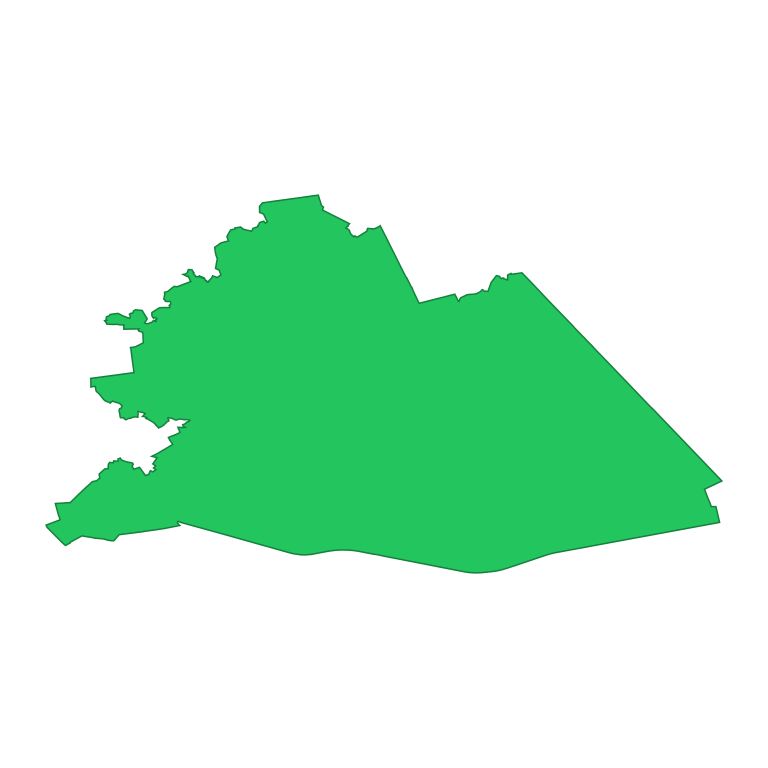 Smārdes pag., Engures, Latvia
{"feature_id": "27541924B30626092647888", "entity_name": "Smārdes pag.", "entity_type": "district", "adm_level": 2, "iso_a3": "LVA", "parent_name": "Latvia", "parent_adm1": "Engures", "projection": "robinson", "projection_center": [23.267, 56.989], "detail": "fine", "context": "isolated", "style": "filled", "palette": "green", "viewbox_px": 768, "rotation_deg": 0, "n_neighbors": 0, "source": "geoboundaries", "source_scale": "gbopen_adm2", "svg_char_len": 6035}
<svg xmlns="http://www.w3.org/2000/svg" viewBox="0 0 768 768"><path d="M262.5,202.8L259.5,206.3L259.6,212.5L261.9,213.3L263.7,214.3L266.6,220.6L267.4,221.7L265.3,223.2L263.8,221.2L259.7,222.5L257.8,225.9L258.0,226.6L252.9,228.4L252.6,229.0L252.7,229.5L251.4,231.4L250.3,230.8L246.7,230.1L243.3,229.2L240.6,227.0L236.2,227.8L235.0,227.8L235.0,229.0L230.7,229.9L229.7,231.4L226.9,236.6L228.5,240.9L221.0,242.9L214.7,247.3L215.4,252.7L216.1,255.6L217.3,258.7L216.3,263.8L216.2,265.0L215.5,268.5L219.1,270.1L220.9,274.9L220.5,275.2L217.2,277.5L212.7,275.8L211.7,277.9L209.0,280.7L209.1,281.0L208.2,281.3L208.2,282.2L207.7,282.2L206.5,281.4L206.3,281.1L206.4,280.6L206.1,280.4L205.5,280.5L205.1,280.2L204.8,279.5L204.9,278.9L204.5,278.4L204.1,278.5L203.4,278.1L203.7,278.1L203.9,277.8L203.6,277.6L203.3,277.9L201.3,278.0L202.0,277.6L201.9,276.7L201.4,276.7L199.8,277.0L199.7,276.7L200.0,276.2L199.8,275.9L199.5,275.8L198.3,276.7L197.2,276.6L196.8,276.9L195.5,276.4L195.4,275.8L195.1,275.3L194.1,274.6L193.7,274.1L193.5,273.6L193.5,273.4L193.8,273.1L193.6,273.0L193.9,272.7L192.8,271.4L192.9,271.2L192.1,269.9L189.0,269.5L188.3,269.8L188.0,270.2L187.7,271.7L187.2,273.0L186.2,273.4L185.6,274.2L184.8,274.2L184.5,274.1L183.1,274.4L187.3,276.6L188.0,276.1L188.9,277.2L188.9,277.6L189.6,279.0L189.9,280.1L190.3,280.9L190.9,281.5L177.2,286.7L174.1,286.4L171.7,288.2L167.7,291.5L164.5,292.3L164.5,293.1L165.0,294.2L164.5,295.3L163.8,299.2L164.9,299.7L165.0,300.9L166.1,301.5L170.3,301.5L170.7,303.2L170.7,304.3L169.2,305.3L169.8,306.4L169.8,307.5L161.1,307.6L159.2,307.9L151.9,312.5L151.8,315.0L152.3,316.7L153.7,318.4L154.4,317.5L156.6,318.3L157.0,318.9L155.7,319.8L156.2,321.3L155.5,321.6L154.0,320.5L153.4,321.0L152.7,321.1L152.1,322.0L151.4,322.6L150.1,322.7L148.5,323.6L146.8,323.7L145.5,323.4L144.5,322.9L147.0,319.5L147.0,318.2L146.4,317.5L142.2,310.5L139.0,310.1L135.4,309.8L133.4,311.0L133.2,312.3L132.5,313.1L130.7,313.3L129.4,314.2L130.3,316.1L129.7,318.3L127.3,317.6L124.9,316.6L122.3,315.7L121.3,315.0L118.0,313.4L110.3,314.4L108.8,316.0L106.5,316.8L106.0,319.2L106.1,319.7L106.7,320.3L104.6,320.7L105.5,321.9L106.4,322.6L106.6,324.1L113.4,324.5L116.7,324.3L119.6,324.8L123.9,325.0L123.8,325.8L123.8,329.2L138.9,328.9L138.1,329.8L138.8,331.1L142.4,332.2L143.0,334.3L143.0,337.2L143.3,342.8L135.2,346.9L130.4,347.5L130.5,348.0L130.8,348.2L131.8,356.4L134.0,372.6L90.6,378.4L90.9,379.4L90.9,381.0L90.9,387.0L91.8,386.7L95.4,386.5L95.7,389.2L96.3,391.4L98.6,393.3L99.9,394.7L102.0,397.5L103.7,399.6L105.2,400.9L110.4,403.0L110.5,402.5L111.1,402.2L112.7,401.1L114.4,401.9L119.0,403.2L120.4,404.1L121.4,405.1L121.3,405.4L122.0,405.9L122.1,406.6L121.2,407.6L121.2,408.1L120.9,408.6L119.8,408.6L119.2,409.3L119.2,411.6L119.6,413.1L120.2,417.1L120.5,417.7L123.9,417.9L124.1,418.7L125.9,419.8L128.3,418.5L130.6,418.2L133.5,417.0L135.6,416.9L137.9,417.2L138.0,414.6L138.1,414.4L137.9,411.4L143.0,412.6L145.2,413.6L142.5,416.4L144.0,416.5L146.7,417.6L145.9,418.4L147.9,419.2L153.3,422.4L155.6,424.5L155.8,425.0L158.4,427.6L158.6,428.0L159.2,427.5L161.0,426.9L163.2,425.5L165.0,423.9L166.2,422.6L166.4,422.2L168.9,420.9L168.9,420.2L167.7,418.2L168.0,417.8L168.2,417.7L169.0,417.8L172.0,418.4L175.7,420.1L176.4,420.0L179.6,419.0L182.1,419.2L182.7,419.5L184.8,419.8L186.6,419.5L189.9,420.3L188.7,421.6L186.8,422.0L185.9,423.1L184.7,424.0L183.5,424.4L183.6,424.6L182.7,424.8L183.5,426.6L185.0,427.3L183.2,427.5L177.9,427.3L180.0,432.5L176.3,434.3L168.4,437.4L169.9,440.4L170.4,441.0L172.6,444.3L172.3,444.7L156.4,454.1L151.8,456.3L157.1,457.7L152.8,463.9L155.7,465.9L153.5,468.0L155.9,469.6L152.8,471.9L150.6,470.7L149.9,471.5L148.6,474.7L148.6,474.8L146.9,475.0L145.5,475.5L139.5,467.3L133.7,469.3L132.1,466.0L133.3,464.3L132.5,463.0L127.0,461.9L124.3,461.1L122.9,460.6L121.6,459.9L120.6,458.9L120.3,458.1L118.1,458.9L118.0,461.2L113.6,460.9L113.3,462.8L109.7,462.4L108.4,464.1L108.3,465.9L108.2,465.9L108.1,468.8L104.8,468.9L99.1,474.1L99.8,478.4L98.6,479.0L96.7,480.7L92.5,481.6L91.2,482.6L89.9,484.0L86.0,487.4L78.5,494.5L70.4,502.4L70.4,502.6L55.3,503.5L58.6,515.4L60.2,519.6L59.9,519.9L46.1,525.1L47.0,527.1L47.5,527.8L61.1,541.5L63.7,544.0L65.5,545.5L70.2,542.9L70.4,542.3L70.6,542.0L81.9,535.9L92.5,537.6L94.4,538.1L103.1,538.9L108.9,540.4L112.0,540.8L113.8,540.8L115.7,538.7L116.4,537.8L119.2,534.7L142.9,531.7L144.9,531.3L155.8,529.8L163.9,528.6L179.8,525.5L178.4,524.3L177.4,522.2L177.7,521.5L179.1,521.5L179.9,522.1L182.9,523.0L219.2,533.0L288.9,552.6L291.9,553.4L295.2,554.0L300.1,554.7L303.7,554.9L306.5,554.8L311.4,554.4L328.4,551.2L334.5,550.4L339.6,550.0L343.8,550.0L348.1,550.1L353.2,550.5L358.1,551.2L374.2,554.3L375.6,554.4L379.4,555.1L383.2,556.0L397.0,558.7L397.4,558.7L399.0,559.1L463.8,571.7L469.7,572.6L476.1,572.9L481.4,572.7L492.7,571.5L497.0,570.9L501.0,570.0L506.5,568.4L546.5,555.0L549.8,554.0L554.3,552.9L719.6,522.4L715.9,506.6L711.3,506.6L709.7,502.2L708.3,499.2L706.8,495.3L704.5,489.2L721.9,481.0L677.2,434.4L670.8,427.7L660.1,416.6L654.9,411.1L653.1,409.3L652.3,408.3L651.9,408.3L608.0,362.5L597.6,351.8L593.4,347.4L593.2,347.0L585.4,339.1L584.6,338.0L583.1,336.7L577.2,330.6L574.0,327.3L573.6,326.6L550.0,302.2L530.1,281.2L521.9,272.8L511.3,274.3L511.0,273.4L507.6,275.0L507.6,280.0L503.7,278.7L503.7,278.1L502.4,278.1L501.4,278.6L500.3,277.7L499.6,276.4L496.5,275.6L496.1,275.9L496.1,276.0L491.1,282.5L488.0,291.3L484.2,291.2L483.6,290.3L483.2,290.0L482.2,289.6L481.1,290.9L479.8,292.0L478.0,292.9L476.0,293.8L474.5,294.1L468.6,294.5L467.0,294.8L460.8,297.7L460.4,298.1L459.7,299.7L459.0,301.0L459.0,301.4L458.3,301.1L454.8,294.2L419.1,303.3L413.2,290.9L412.1,288.0L411.5,286.9L410.9,286.2L406.8,277.9L405.6,276.4L403.5,272.3L387.1,239.4L380.2,225.7L379.6,226.3L375.5,228.3L373.8,228.9L367.6,228.4L366.8,231.2L357.2,237.2L354.8,235.9L353.9,236.9L351.5,234.6L350.5,233.5L349.3,230.3L348.7,229.7L347.3,228.7L346.0,228.2L346.5,227.1L348.0,226.3L347.8,225.8L349.5,223.7L322.4,210.0L323.5,207.1L321.4,205.5L320.6,202.3L319.8,200.1L318.3,195.1L262.5,202.8Z" fill="#22c55e" stroke="#15803d" stroke-width="1.5"/></svg>